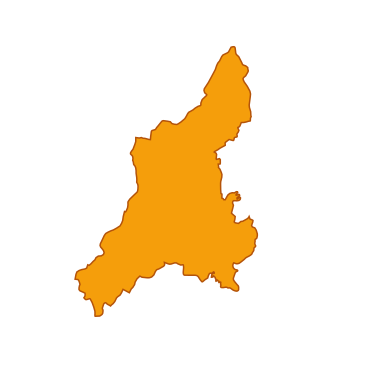 the district of Lang Son, Lạng Sơn, Vietnam, rotated 21°
{"feature_id": "81297802B21506651579478", "entity_name": "Lang Son", "entity_type": "district", "adm_level": 2, "iso_a3": "VNM", "parent_name": "Vietnam", "parent_adm1": "Lạng Sơn", "projection": "equal_earth", "projection_center": [106.757, 21.855], "detail": "fine", "context": "isolated", "style": "filled", "palette": "amber", "viewbox_px": 384, "rotation_deg": 21, "n_neighbors": 0, "source": "geoboundaries", "source_scale": "gbopen_adm2", "svg_char_len": 6112}
<svg xmlns="http://www.w3.org/2000/svg" viewBox="0 0 384 384"><g transform="rotate(21 192 192)"><path d="M146.1,342.7L150.2,340.9L150.9,340.1L151.9,338.5L152.1,337.2L151.7,335.5L151.2,334.1L150.3,333.3L149.9,332.4L149.7,328.0L150.1,327.1L150.9,326.4L151.5,326.4L153.2,327.1L156.0,327.4L156.8,327.6L157.3,326.3L158.4,324.4L159.2,321.8L159.5,317.9L160.1,316.5L161.8,314.0L162.3,311.3L162.5,307.6L169.6,308.5L170.0,304.4L171.0,302.1L171.3,300.3L171.6,299.1L171.2,296.5L171.8,292.7L173.5,289.2L175.8,289.5L180.7,288.2L183.0,287.3L184.8,285.8L186.1,283.1L186.3,279.5L186.8,277.3L188.7,275.6L192.1,271.5L192.5,270.3L192.3,269.1L191.6,268.0L191.4,267.6L195.0,267.6L196.6,267.5L198.2,266.8L201.2,264.4L202.5,263.9L203.1,263.8L204.3,264.1L207.7,264.2L208.3,263.9L208.9,263.5L209.6,263.2L210.0,263.2L211.1,265.1L211.6,266.7L212.4,269.5L212.8,270.6L213.4,271.7L214.0,272.2L214.4,272.3L215.0,272.3L224.2,268.8L225.1,268.5L226.6,268.3L228.0,268.7L230.8,270.8L233.2,272.2L233.7,272.2L234.1,271.9L235.6,269.2L237.5,266.6L237.3,264.9L237.3,263.2L237.5,262.0L238.1,261.2L239.6,260.8L240.0,260.2L240.7,258.9L241.0,258.8L241.7,259.3L241.8,259.8L241.5,259.8L241.2,260.0L240.2,261.6L240.1,262.2L240.4,263.3L240.5,264.3L240.6,264.6L241.0,264.5L241.2,264.1L241.8,264.0L242.0,263.8L241.9,262.8L242.1,262.6L242.4,262.6L244.3,263.5L244.6,263.9L244.9,264.5L245.3,264.8L245.8,264.9L246.0,266.2L246.2,266.6L246.4,266.7L246.7,266.3L247.2,265.2L247.4,265.1L248.0,265.7L248.3,265.7L248.9,265.6L249.2,266.0L249.5,266.8L250.0,266.6L250.4,266.0L251.1,265.9L251.3,266.2L251.7,267.8L252.3,268.4L252.4,268.8L252.4,269.5L252.6,270.0L253.0,270.5L253.6,270.7L255.7,269.9L257.4,268.9L258.1,268.6L259.0,268.5L259.7,268.7L260.2,268.6L261.4,268.0L262.4,268.0L265.4,268.8L266.9,268.9L268.8,268.7L269.8,268.2L270.5,267.2L270.5,266.4L269.6,264.0L268.6,262.9L267.8,262.6L263.9,260.4L262.5,259.4L261.8,258.5L261.5,257.5L261.3,252.3L261.4,251.4L261.8,250.6L262.7,249.7L262.9,249.2L262.7,248.8L262.1,248.6L261.0,248.8L259.9,248.9L259.0,248.6L258.0,248.1L257.1,247.2L256.3,245.7L256.2,244.6L256.3,243.2L256.5,243.1L257.9,243.2L258.9,243.1L259.7,242.9L260.6,242.4L261.6,241.6L262.8,239.8L264.9,236.2L265.7,234.4L266.3,233.5L268.3,231.3L269.4,229.8L270.0,228.7L270.1,228.3L270.1,227.1L270.6,224.7L270.5,223.9L270.1,222.8L270.0,222.0L270.1,221.6L270.2,221.2L270.7,220.6L270.8,220.2L270.8,219.8L270.7,219.4L270.4,219.1L269.9,218.7L269.2,217.8L268.9,217.1L268.6,215.5L268.1,214.4L268.0,213.6L268.1,213.3L268.9,212.4L269.0,211.6L268.9,210.8L268.6,209.2L268.0,207.7L265.7,204.7L263.5,203.0L261.3,203.0L260.7,202.9L259.7,202.0L259.5,199.9L259.5,198.3L259.1,196.7L257.6,196.4L256.4,196.6L255.7,196.3L254.1,194.4L254.0,195.6L253.0,197.4L249.8,201.2L248.2,202.0L247.5,203.3L246.6,204.7L243.4,205.3L242.1,204.8L241.8,202.1L241.1,199.4L236.5,197.7L236.2,195.9L235.8,192.2L235.4,189.5L233.8,187.8L233.5,186.6L233.6,185.8L233.9,185.2L237.1,184.1L238.8,183.1L239.6,181.9L239.6,181.1L239.4,180.1L238.8,179.7L238.2,180.1L236.7,182.4L236.2,181.8L236.1,181.3L237.5,178.9L237.7,178.1L237.2,177.5L236.5,177.4L235.6,178.3L234.4,179.2L234.2,179.1L234.0,178.4L234.4,177.4L234.8,176.5L234.8,175.9L234.3,175.5L233.3,175.8L231.9,177.6L229.8,178.3L227.8,179.8L226.6,181.8L226.2,184.1L225.8,187.3L224.3,187.8L223.4,187.0L222.1,187.0L220.7,183.2L219.6,183.1L217.9,179.5L215.7,174.0L215.1,172.1L214.5,167.5L213.7,165.0L212.4,163.3L209.9,160.7L207.9,159.6L207.8,158.9L206.5,156.6L207.6,156.1L208.2,155.8L208.1,154.9L206.8,151.6L205.7,151.0L203.1,152.8L202.7,152.4L201.5,148.1L200.5,147.1L198.4,146.7L198.6,146.1L200.9,143.4L202.5,141.0L206.3,136.5L205.3,134.2L205.5,133.5L207.8,129.7L211.4,129.3L212.3,129.0L212.4,128.4L212.1,126.1L212.6,125.5L213.8,124.8L214.3,124.2L214.1,123.5L213.3,122.2L213.2,121.4L213.7,119.4L213.7,117.6L212.1,116.1L211.7,115.3L212.4,114.7L213.0,113.6L213.1,112.0L213.1,110.8L213.1,109.5L215.5,108.5L217.8,107.0L219.0,106.0L220.9,104.8L220.8,104.1L220.4,103.1L220.1,102.0L220.2,100.4L219.5,99.4L218.0,96.0L215.3,92.5L214.2,90.3L212.2,82.0L211.5,79.5L209.9,77.1L205.7,73.5L201.1,70.4L199.5,68.7L199.0,67.8L199.2,66.6L200.5,64.3L201.2,59.7L201.1,58.7L199.9,56.9L199.4,55.8L197.0,55.0L194.3,55.1L193.2,54.6L192.1,53.4L187.1,48.9L184.1,47.7L183.1,46.7L181.9,44.4L180.6,42.0L179.9,41.4L179.1,41.3L177.7,42.0L176.6,42.8L175.9,48.3L174.9,49.7L171.8,53.0L171.2,55.0L170.8,59.7L169.9,62.4L169.7,65.2L169.9,69.4L169.4,73.6L168.1,83.7L166.5,91.2L166.8,92.9L168.3,94.8L170.3,95.6L171.0,96.0L170.9,96.8L168.4,102.0L168.4,105.7L169.1,107.7L168.8,108.4L167.0,109.8L164.9,112.5L163.5,115.0L162.2,116.6L160.4,118.7L159.9,120.3L159.5,123.6L159.0,126.2L156.6,130.6L155.0,132.9L153.7,134.4L151.0,135.1L148.7,135.3L146.6,134.2L143.7,134.7L139.6,135.7L138.7,136.4L138.2,137.6L136.4,143.2L135.9,144.5L135.7,145.9L135.3,146.9L132.7,148.9L132.4,149.6L132.4,150.3L133.6,155.3L134.4,158.0L132.8,158.4L128.8,158.8L126.9,159.4L125.3,159.3L124.9,159.5L123.8,160.3L123.1,160.6L120.0,161.3L121.4,165.1L121.6,168.1L121.6,173.2L120.8,175.9L120.7,176.9L120.6,177.7L121.0,178.5L121.7,178.9L123.0,179.4L124.0,180.3L124.8,181.7L125.3,183.7L126.3,184.8L127.7,187.2L129.7,188.4L130.9,189.8L132.1,192.0L133.1,194.5L135.3,198.5L136.1,200.3L136.5,201.5L136.8,202.6L138.7,204.4L139.5,205.8L140.4,208.4L140.8,210.2L140.9,211.4L140.5,212.4L139.0,215.5L136.5,220.9L135.8,223.9L135.9,224.6L136.9,227.1L137.5,229.9L137.4,232.8L137.1,234.4L136.7,234.5L136.0,234.4L136.6,239.5L137.5,243.4L137.5,246.2L137.0,249.4L134.6,252.7L132.2,255.6L130.2,257.3L127.9,259.7L126.3,261.7L125.7,264.1L125.2,271.2L125.0,272.9L125.3,274.8L126.4,276.1L128.4,277.2L130.3,278.4L131.7,280.1L131.7,282.1L130.2,284.1L127.5,285.4L125.9,287.7L125.7,290.1L124.6,292.2L123.4,295.2L122.2,297.4L120.8,297.3L120.9,300.9L119.5,302.3L116.8,304.0L114.8,305.7L113.2,307.9L113.2,310.4L114.1,315.3L116.9,314.6L117.9,315.2L118.9,316.2L120.2,317.9L120.6,318.6L120.5,319.8L120.9,322.1L121.5,323.6L122.8,324.4L126.6,324.6L128.4,324.8L128.8,325.5L129.4,327.6L129.0,329.5L130.8,330.4L131.6,330.5L132.7,329.8L134.6,328.3L135.3,328.3L138.4,331.0L141.6,334.7L144.1,338.1L145.0,340.2L145.5,341.8L146.1,342.7Z" fill="#f59e0b" stroke="#b45309" stroke-width="1.5"/></g></svg>